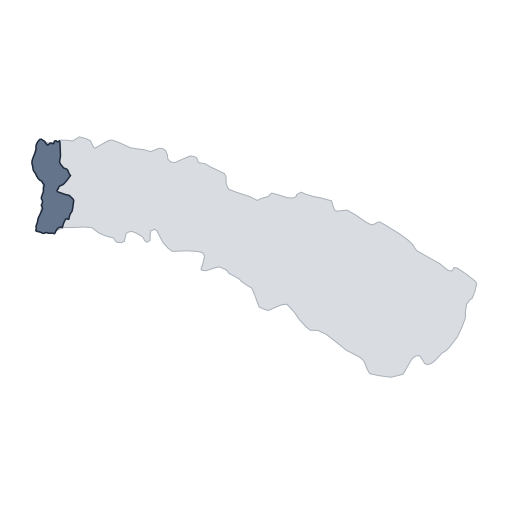 where Mechi sits in Nepal, rotated 177°
{"feature_id": "NPL-1135", "entity_name": "Mechi", "entity_type": "Administrative Zone", "adm_level": 1, "iso_a3": "NPL", "parent_name": "Nepal", "parent_adm1": "", "projection": "orthographic", "projection_center": [87.832, 27.137], "detail": "fine", "context": "in_parent", "style": "filled", "palette": "slate", "viewbox_px": 512, "rotation_deg": 177, "n_neighbors": 0, "source": "natural_earth", "source_scale": "10m", "svg_char_len": 4649}
<svg xmlns="http://www.w3.org/2000/svg" viewBox="0 0 512 512"><g transform="rotate(177 256 256)"><path d="M471.4,291.1L473.7,292.8L473.9,295.5L473.5,298.6L471.2,305.2L469.2,309.8L466.8,319.6L464.7,336.5L465.1,339.5L471.6,349.2L474.2,356.7L474.5,361.8L471.7,370.3L468.6,380.0L467.1,382.1L465.3,382.9L457.2,379.6L451.7,380.0L445.3,381.9L438.7,381.5L433.2,380.4L426.2,384.2L419.5,382.1L415.3,379.7L412.5,373.0L411.3,372.1L397.2,379.0L393.8,379.4L385.1,375.6L378.1,371.8L375.4,370.6L368.5,369.1L362.4,368.1L355.7,365.7L347.3,368.6L343.9,368.3L340.8,366.1L339.2,361.6L338.9,357.3L336.1,354.3L331.7,353.6L325.5,356.1L316.4,359.4L313.5,358.8L310.9,357.7L309.9,356.8L308.8,352.7L307.3,351.8L305.3,351.6L301.6,350.6L297.1,347.5L283.4,340.1L281.8,337.0L282.0,330.0L281.3,327.2L279.7,324.1L272.7,320.9L259.1,315.6L251.7,311.4L248.0,313.2L241.0,314.6L237.1,318.0L232.7,316.7L222.1,312.7L216.4,311.9L212.9,313.1L212.1,315.2L207.6,317.4L203.6,315.3L195.5,312.4L188.4,310.7L177.6,307.1L176.6,302.3L175.0,297.5L172.4,296.5L162.7,297.1L154.0,291.5L144.8,284.3L140.8,282.0L138.2,281.0L135.8,281.8L133.1,283.2L130.7,283.6L125.7,280.4L119.3,276.0L111.4,270.6L102.3,263.0L98.7,258.9L97.1,255.8L95.2,252.9L87.2,247.8L81.0,243.8L73.4,239.0L72.1,238.1L69.3,235.3L65.0,231.7L61.3,230.6L60.0,232.3L59.0,234.1L55.8,233.5L51.0,229.9L45.9,226.0L42.0,222.5L38.0,219.0L37.1,216.4L39.4,208.9L42.3,202.5L44.5,201.2L48.1,197.1L49.8,189.5L50.2,183.0L54.1,174.1L59.2,164.6L67.7,154.7L71.3,151.4L75.3,149.3L82.9,142.0L84.5,140.8L87.8,139.0L90.9,138.7L93.2,139.8L95.3,143.9L98.0,147.9L101.6,147.9L105.9,144.8L115.4,130.2L127.4,127.8L138.6,129.9L148.5,132.5L151.2,137.7L152.8,143.1L154.0,145.8L157.1,149.1L170.9,157.3L178.8,164.4L189.8,174.0L198.1,178.4L205.7,179.0L209.8,182.7L215.9,190.1L221.1,198.4L227.6,206.2L232.3,206.1L238.8,203.9L246.7,200.9L251.3,202.7L255.5,204.9L256.8,208.8L259.1,216.3L261.8,224.1L266.2,226.9L271.4,231.0L274.3,234.2L284.1,240.2L285.5,242.6L287.4,244.3L289.9,245.3L291.9,246.6L295.0,247.0L306.7,243.9L309.8,244.4L311.5,245.0L311.5,246.3L309.3,251.6L307.4,258.5L309.1,262.0L314.0,263.6L324.7,264.8L339.3,265.0L343.6,268.6L347.9,273.9L352.2,283.0L353.9,286.8L356.1,287.9L359.9,286.5L360.6,282.8L360.9,277.3L364.1,275.4L366.1,276.9L368.4,281.2L374.4,285.1L378.7,287.1L382.9,286.4L384.6,285.0L386.7,277.5L390.0,276.4L394.2,277.0L395.7,278.5L397.4,281.5L402.4,282.9L407.3,284.9L412.0,287.4L418.6,293.0L426.8,294.0L436.2,294.0L441.2,294.1L444.9,294.5L448.1,294.1L457.9,290.1L461.8,289.8L466.7,290.3L471.4,291.1Z" fill="#d9dde1" stroke="#a8b0b8" stroke-width="1"/><path d="M456.5,288.8L457.6,289.4L461.9,289.6L462.5,289.8L463.6,290.3L464.3,290.5L465.0,290.3L466.4,289.8L467.1,289.7L468.3,290.1L470.7,291.4L471.9,291.7L473.3,292.0L474.0,292.3L474.4,292.6L474.6,293.4L473.9,294.5L474.2,297.0L473.6,298.6L472.8,300.2L471.5,305.3L468.2,311.2L466.8,314.3L466.7,314.9L466.8,315.5L467.0,316.7L467.2,317.0L467.7,317.5L467.8,317.8L467.6,318.3L467.4,318.7L467.1,319.0L466.9,319.4L466.4,320.8L466.3,321.5L466.4,322.3L466.6,323.0L467.3,324.2L467.4,324.9L467.1,326.4L465.8,329.4L464.9,331.3L464.7,335.7L463.9,337.5L463.8,338.0L463.9,338.5L464.2,338.9L465.0,339.8L466.0,342.0L467.0,342.6L467.9,343.0L468.6,343.7L469.8,345.3L470.9,347.3L471.7,349.5L472.2,350.4L473.4,352.3L473.9,353.3L474.1,354.3L474.3,357.0L474.8,359.4L474.9,360.6L474.8,361.8L474.6,363.0L473.6,365.7L471.2,370.6L470.4,373.2L470.0,374.6L469.9,375.2L470.1,376.0L469.7,378.5L468.0,381.5L465.9,383.7L464.2,383.9L463.4,383.1L461.7,382.1L460.9,381.3L460.5,380.7L460.2,379.7L459.9,379.2L458.4,378.1L458.4,377.9L457.4,378.1L455.7,379.5L454.8,379.5L453.7,379.0L452.8,378.7L452.1,378.9L451.7,380.3L451.3,381.2L450.5,381.6L449.6,381.5L448.9,380.8L448.0,380.3L446.8,380.8L446.2,381.2L445.9,380.4L445.8,379.4L446.0,366.0L447.2,360.8L447.1,359.8L447.1,359.4L446.2,357.7L443.5,354.0L443.4,353.9L441.3,353.1L440.3,352.5L439.8,352.0L439.4,351.3L438.2,347.7L437.0,346.0L438.0,344.9L440.6,341.7L443.7,338.5L445.1,337.4L445.8,337.1L448.2,336.2L448.7,335.9L449.1,335.6L449.4,335.1L449.6,334.6L449.7,334.0L449.9,333.5L450.8,332.8L451.1,332.4L451.2,332.0L451.2,331.6L451.1,331.2L450.9,330.8L450.1,330.2L447.7,329.3L442.4,327.1L440.0,326.6L439.4,326.3L439.0,326.0L435.7,322.4L435.4,321.8L435.2,321.1L435.2,320.2L435.4,319.1L435.8,317.5L436.4,313.9L437.0,311.4L437.4,310.4L438.0,309.4L439.1,308.0L439.7,306.9L440.3,305.2L440.8,303.0L441.0,302.5L441.5,302.4L441.8,302.5L442.2,302.7L442.6,303.0L443.0,303.2L443.4,303.2L443.9,302.8L444.5,302.1L445.4,300.8L446.6,298.3L447.9,294.6L449.1,295.1L450.6,295.0L452.2,294.2L453.4,293.0L454.5,291.5L455.3,289.8L456.0,288.9L456.5,288.8Z" fill="#64748b" stroke="#1e293b" stroke-width="1.5"/></g></svg>